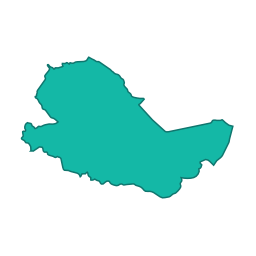 Haut-Ogooué, Natural Earth projection, rotated 102°
{"feature_id": "GAB-2627", "entity_name": "Haut-Ogooué", "entity_type": "Province", "adm_level": 1, "iso_a3": "GAB", "parent_name": "Gabon", "parent_adm1": "", "projection": "natural_earth1", "projection_center": [13.705, -1.23], "detail": "fine", "context": "isolated", "style": "filled", "palette": "teal", "viewbox_px": 256, "rotation_deg": 102, "n_neighbors": 0, "source": "natural_earth", "source_scale": "10m", "svg_char_len": 4274}
<svg xmlns="http://www.w3.org/2000/svg" viewBox="0 0 256 256"><g transform="rotate(102 128 128)"><path d="M146.6,36.5L143.5,41.3L142.7,43.3L142.7,45.6L145.9,50.0L146.3,50.4L146.7,50.3L147.7,49.9L148.0,49.5L148.1,49.0L148.4,48.4L148.9,48.2L151.4,48.5L152.1,48.9L152.7,49.4L153.2,50.2L155.7,49.4L158.5,49.9L161.0,51.3L162.8,53.4L164.0,56.1L164.9,59.4L165.4,62.7L165.5,65.7L166.7,65.0L167.8,64.5L169.0,64.5L170.3,65.1L171.4,65.4L172.5,65.0L173.5,64.4L174.7,64.2L176.7,64.8L179.3,66.2L181.7,67.9L183.2,70.3L186.0,72.5L186.8,73.5L188.4,77.4L189.1,79.8L188.6,82.4L185.8,89.5L185.4,91.4L185.4,93.4L185.9,95.5L186.2,97.9L185.4,99.6L184.1,101.2L183.1,103.2L182.7,105.0L182.4,108.5L181.6,110.2L181.6,111.3L183.6,117.7L184.3,119.4L184.6,120.3L184.5,121.0L184.1,122.4L184.2,123.1L184.6,124.1L184.9,124.4L186.1,125.7L186.6,126.8L186.8,127.5L186.7,130.0L186.4,131.8L186.2,132.6L185.8,133.4L185.3,134.1L184.7,134.6L184.2,135.2L184.0,136.1L184.4,137.6L185.5,138.8L187.9,140.7L188.3,142.4L187.8,143.3L186.9,144.0L186.1,144.9L185.8,145.6L185.7,147.5L184.9,149.9L185.8,150.9L186.5,152.4L186.6,153.6L184.3,154.1L183.9,154.8L183.6,155.7L183.1,156.5L182.4,157.1L181.8,157.4L180.4,158.0L179.7,158.7L180.2,159.3L181.6,160.1L182.4,163.4L183.6,163.8L185.0,164.1L185.6,164.6L183.9,165.8L183.1,166.9L182.7,168.6L182.4,175.0L182.0,177.1L182.0,177.8L182.5,181.3L182.0,182.4L180.2,183.5L171.9,187.2L171.4,187.8L171.1,188.4L170.9,189.1L170.9,190.1L170.6,190.8L170.6,191.3L171.0,191.7L171.5,192.2L171.9,192.9L171.8,193.7L171.3,195.3L171.0,199.5L170.6,200.7L170.2,201.2L169.0,201.7L168.6,202.1L168.5,202.9L168.9,204.3L168.9,204.9L168.0,206.1L165.6,207.1L164.7,207.9L164.9,210.7L170.2,215.8L170.7,218.4L170.4,218.2L167.1,219.1L166.4,219.4L165.7,219.9L164.4,221.2L163.8,221.9L163.5,222.7L163.6,224.8L163.1,225.5L162.4,226.1L161.8,226.9L161.4,228.3L161.1,229.3L160.6,229.9L160.0,230.0L159.3,229.7L158.3,229.0L157.6,228.9L157.1,229.0L153.9,230.2L153.4,230.2L152.9,229.7L152.7,228.2L152.1,227.7L151.4,227.7L150.8,228.0L149.6,228.9L148.1,229.2L146.4,229.1L144.8,228.5L143.7,227.4L143.8,227.0L143.8,223.9L144.3,223.2L145.8,222.3L146.8,219.9L147.6,219.3L147.9,218.8L146.9,217.3L146.2,216.7L145.5,216.3L144.9,215.7L144.7,213.5L144.2,212.7L143.0,211.2L142.1,209.7L140.5,206.0L139.9,202.6L139.3,200.9L138.5,199.4L137.5,198.4L136.8,197.8L136.6,197.7L136.4,198.1L134.9,200.6L134.2,202.2L134.0,203.1L133.9,204.7L133.7,205.5L133.1,206.4L127.8,212.3L127.4,213.2L127.2,214.9L126.8,215.6L126.1,216.1L124.5,216.7L123.7,217.2L123.0,217.9L122.0,219.4L121.4,220.1L119.1,221.9L118.4,222.7L118.0,223.4L117.9,224.2L117.5,224.8L116.8,225.3L116.4,225.2L115.9,224.2L115.4,224.1L114.4,224.4L114.1,224.4L112.6,224.1L111.2,224.5L110.0,224.3L97.9,219.1L97.2,219.0L96.4,219.1L95.1,220.0L94.3,220.2L92.9,219.7L88.4,217.4L86.7,217.0L85.8,217.3L84.5,218.8L83.7,219.7L82.8,219.8L82.6,219.3L82.9,218.6L83.7,217.8L84.0,217.2L84.3,216.6L84.5,215.9L84.6,215.2L84.7,214.4L85.1,213.7L85.7,213.0L85.5,212.1L85.2,212.0L84.7,212.0L84.2,211.4L84.1,210.8L83.7,208.6L83.1,207.7L81.8,205.2L81.1,204.5L79.5,205.5L78.5,205.6L78.2,204.1L78.1,203.3L77.9,202.7L76.9,201.7L76.8,201.2L76.9,200.7L77.2,200.1L77.3,199.7L77.6,199.1L77.6,198.7L76.3,198.3L76.2,197.9L76.3,197.4L76.3,197.0L76.1,195.1L75.8,194.7L74.7,193.4L74.3,192.8L73.7,191.1L72.2,185.3L71.3,183.4L70.2,182.4L67.2,181.3L66.9,181.1L67.1,180.5L68.0,177.6L68.5,175.4L69.5,172.9L69.5,172.1L69.2,170.6L69.4,169.7L74.5,157.5L75.7,155.7L76.1,155.0L76.3,154.2L76.9,153.4L77.4,152.4L77.7,151.5L77.8,149.2L78.0,148.4L78.6,147.3L79.3,146.5L79.9,146.0L80.5,145.3L81.0,144.4L81.4,143.1L82.1,142.3L84.2,141.1L84.7,141.0L85.1,141.0L85.6,141.1L86.2,141.1L86.9,140.9L87.6,140.4L88.2,139.7L88.8,138.9L89.8,137.4L90.4,136.7L91.1,136.3L92.3,135.7L92.7,135.2L93.9,132.8L94.6,132.1L95.3,131.6L96.0,131.3L96.5,130.3L96.8,128.7L96.8,125.4L96.6,122.4L95.9,119.3L95.9,118.8L96.5,118.2L101.6,121.1L102.8,122.3L103.3,122.1L103.7,121.6L115.0,105.8L123.6,91.0L123.8,89.6L123.3,87.7L106.0,48.3L105.3,47.7L104.6,47.3L103.9,47.1L103.3,46.9L102.7,46.3L102.4,45.3L102.2,44.4L102.1,42.7L101.4,39.4L101.1,38.7L100.7,38.2L100.4,37.6L100.8,36.7L102.5,33.9L104.3,29.9L104.5,25.8L117.5,26.4L120.2,26.3L121.3,26.4L135.1,29.9L136.5,30.5L138.0,31.5L141.5,34.4L146.6,36.5L146.6,36.5Z" fill="#14b8a6" stroke="#0f766e" stroke-width="1.5"/></g></svg>